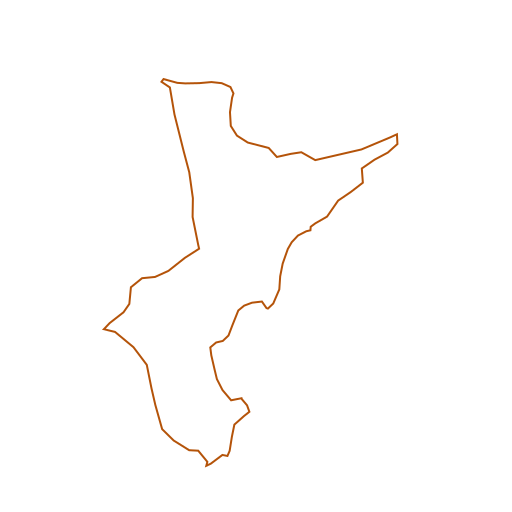 the Statistical Region of Drugovo, rotated 77°
{"feature_id": "MKD-2953", "entity_name": "Drugovo", "entity_type": "Statistical Region", "adm_level": 1, "iso_a3": "MKD", "parent_name": "North Macedonia", "parent_adm1": "", "projection": "orthographic", "projection_center": [20.913, 41.469], "detail": "fine", "context": "isolated", "style": "outline", "palette": "amber", "viewbox_px": 512, "rotation_deg": 77, "n_neighbors": 0, "source": "natural_earth", "source_scale": "10m", "svg_char_len": 1349}
<svg xmlns="http://www.w3.org/2000/svg" viewBox="0 0 512 512"><g transform="rotate(77 256 256)"><path d="M169.1,91.3L178.7,93.0L184.9,104.3L188.8,118.8L194.5,133.2L208.6,135.4L214.9,149.1L220.5,163.5L233.6,177.9L237.5,190.8L239.8,196.1L243.2,197.2L243.2,201.4L245.5,210.5L250.6,218.1L256.3,223.4L269.4,231.7L281.2,237.0L293.8,240.8L306.2,249.9L309.9,256.2L309.1,257.5L301.7,260.5L300.6,270.4L301.7,278.7L305.1,285.5L318.2,294.6L327.3,300.7L331.3,307.5L331.3,314.3L334.8,321.1L342.7,321.9L356.9,321.9L367.1,321.8L379.1,318.8L391.0,312.7L391.3,302.1L392.1,302.1L399.5,298.3L406.3,297.5L409.2,303.6L415.4,315.0L426.8,320.2L439.9,325.5L444.4,328.8L442.3,333.5L448.2,346.8L449.2,351.6L445.6,349.7L432.7,356.1L430.2,364.8L417.3,377.7L403.6,386.4L378.4,387.6L361.3,387.6L337.5,386.9L317.3,395.9L298.3,410.4L293.1,420.7L288.4,413.6L281.0,397.7L274.2,390.2L258.3,384.9L252.0,372.0L253.7,359.1L250.8,344.7L241.8,325.7L236.1,309.8L232.1,309.8L203.7,309.0L185.5,304.5L159.4,302.2L137.8,302.9L99.7,303.6L72.4,302.0L65.0,308.9L62.8,306.3L69.6,293.7L71.9,286.1L74.8,272.4L76.5,260.3L79.9,250.5L85.6,242.9L92.5,241.4L96.4,243.7L100.5,245.3L110.0,249.0L123.6,251.3L134.4,247.5L143.6,238.5L153.6,219.3L164.2,213.4L164.3,199.2L165.1,188.5L175.9,176.7L175.9,162.5L175.9,150.6L175.9,129.3L170.6,98.5L169.1,91.3Z" fill="none" stroke="#b45309" stroke-width="2"/></g></svg>